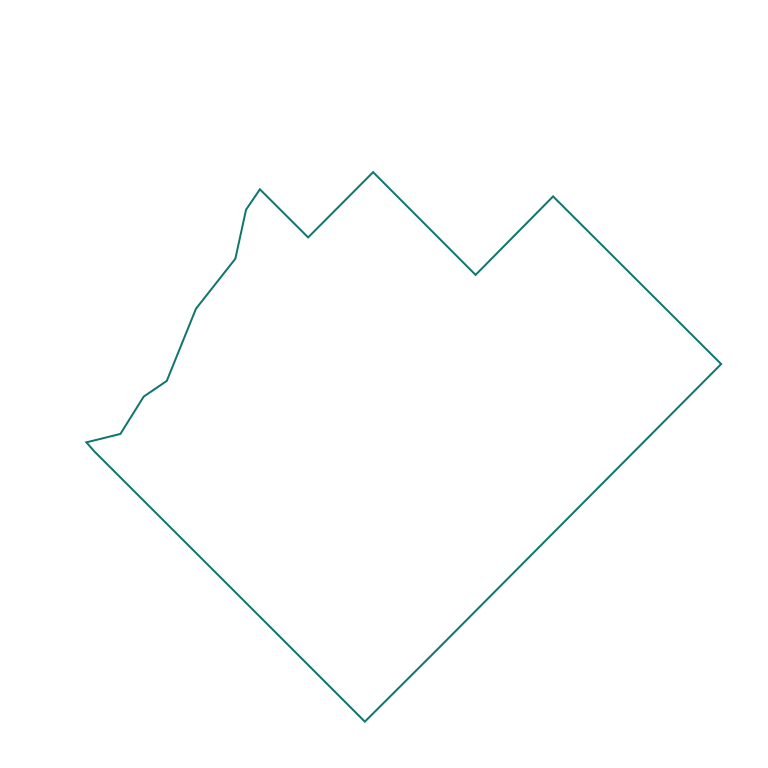 Platte, Nebraska, United States of America (Natural Earth projection), rotated 135°
{"feature_id": "52423323B76377234724165", "entity_name": "Platte", "entity_type": "district", "adm_level": 2, "iso_a3": "USA", "parent_name": "United States of America", "parent_adm1": "Nebraska", "projection": "natural_earth1", "projection_center": [-97.501, 41.538], "detail": "fine", "context": "isolated", "style": "outline", "palette": "teal", "viewbox_px": 768, "rotation_deg": 135, "n_neighbors": 0, "source": "geoboundaries", "source_scale": "gbopen_adm2", "svg_char_len": 382}
<svg xmlns="http://www.w3.org/2000/svg" viewBox="0 0 768 768"><g transform="rotate(135 384 384)"><path d="M131.8,397.1L242.1,396.4L241.9,541.5L334.0,541.3L334.1,609.4L358.3,604.8L400.5,577.7L463.7,570.2L535.4,539.8L562.8,545.0L605.7,535.1L635.7,553.2L636.5,541.1L636.3,302.1L636.3,158.8L535.3,158.6L131.5,159.7L131.8,397.1Z" fill="none" stroke="#0f766e" stroke-width="2"/></g></svg>